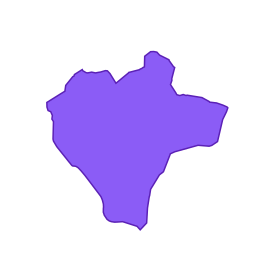 outline of Akamkpa, Cross River, Nigeria, rotated 132°
{"feature_id": "59680162B55799213409467", "entity_name": "Akamkpa", "entity_type": "district", "adm_level": 2, "iso_a3": "NGA", "parent_name": "Nigeria", "parent_adm1": "Cross River", "projection": "mercator", "projection_center": [8.538, 5.38], "detail": "fine", "context": "isolated", "style": "filled", "palette": "violet", "viewbox_px": 256, "rotation_deg": 132, "n_neighbors": 0, "source": "geoboundaries", "source_scale": "gbopen_adm2", "svg_char_len": 1409}
<svg xmlns="http://www.w3.org/2000/svg" viewBox="0 0 256 256"><g transform="rotate(132 128 128)"><path d="M163.3,205.4L166.7,202.2L168.5,199.1L167.6,196.3L169.3,192.6L172.3,190.5L173.1,187.7L186.4,176.3L187.6,174.6L189.5,168.5L189.8,166.8L192.4,150.9L192.5,150.4L193.2,145.9L193.4,144.6L193.1,143.4L192.4,142.7L191.3,140.9L190.9,138.5L191.2,134.4L192.1,128.1L193.6,120.2L196.9,103.1L197.2,102.0L198.6,99.0L200.9,95.5L203.1,93.3L204.0,92.7L207.1,90.0L207.6,89.1L208.7,87.2L209.9,82.4L209.6,79.8L208.8,77.8L207.1,75.2L205.6,73.6L201.2,69.3L198.5,63.3L195.0,55.5L195.5,50.8L186.1,50.6L174.4,60.0L164.9,66.2L163.9,66.6L158.4,70.2L149.7,71.8L141.8,73.3L136.8,72.4L119.2,79.1L118.9,79.3L114.3,77.3L94.0,64.4L87.2,55.5L84.9,54.1L78.2,52.4L58.4,63.3L50.0,65.7L46.2,67.3L46.1,68.5L47.5,72.8L50.1,78.9L54.2,84.7L54.0,85.3L55.9,93.4L64.1,106.1L65.0,106.6L66.2,109.4L68.6,110.8L69.4,111.5L70.6,114.1L69.9,115.9L67.3,125.5L63.3,127.2L62.0,128.5L51.8,133.8L52.0,135.2L50.4,142.4L49.9,143.2L52.7,153.3L52.3,157.3L54.0,160.1L56.2,162.3L63.5,163.6L71.6,156.7L72.9,157.3L74.5,157.6L76.1,158.4L77.0,158.5L86.2,164.6L86.7,164.5L102.8,166.9L99.6,177.9L99.6,178.1L99.3,181.6L100.5,183.2L105.0,186.0L106.4,187.2L108.8,189.0L110.8,192.4L114.0,194.8L114.9,196.1L115.7,199.9L115.2,201.1L124.1,203.6L125.6,202.9L126.8,203.4L138.0,202.8L142.9,199.5L147.6,200.9L163.3,205.4Z" fill="#8b5cf6" stroke="#5b21b6" stroke-width="1.5"/></g></svg>